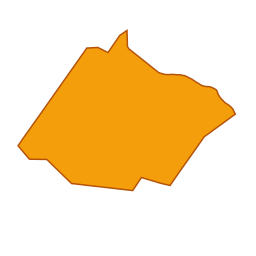 the district of Rosario Vera Peñaloza, La Rioja, Argentina, rotated 304°
{"feature_id": "61730980B25026306557945", "entity_name": "Rosario Vera Peñaloza", "entity_type": "district", "adm_level": 2, "iso_a3": "ARG", "parent_name": "Argentina", "parent_adm1": "La Rioja", "projection": "orthographic", "projection_center": [-66.437, -31.455], "detail": "fine", "context": "isolated", "style": "filled", "palette": "amber", "viewbox_px": 256, "rotation_deg": 304, "n_neighbors": 0, "source": "geoboundaries", "source_scale": "gbopen_adm2", "svg_char_len": 1833}
<svg xmlns="http://www.w3.org/2000/svg" viewBox="0 0 256 256"><g transform="rotate(304 128 128)"><path d="M167.9,49.1L118.4,48.1L108.5,47.9L103.8,47.8L97.8,47.7L89.5,47.5L59.3,46.8L51.8,46.8L47.0,63.7L55.9,77.3L56.5,78.2L56.2,80.3L56.0,81.2L54.5,89.4L50.4,112.3L51.7,114.7L56.1,123.2L56.2,123.5L58.3,127.5L78.8,166.9L94.4,166.8L99.0,181.3L100.0,184.7L101.1,187.8L103.4,193.8L103.5,194.1L103.8,195.0L121.9,195.2L128.7,195.4L138.1,195.6L163.4,196.1L199.5,209.2L200.2,208.1L200.6,207.2L201.1,206.4L201.6,205.6L202.1,204.8L202.4,203.9L202.7,203.0L202.9,202.1L203.1,201.2L203.2,200.3L203.3,199.4L203.3,198.4L203.3,197.5L203.3,196.6L203.2,195.6L203.2,194.7L203.3,193.8L203.5,192.8L203.7,191.9L203.9,191.0L204.1,190.1L204.3,189.2L204.5,188.3L204.8,187.4L205.2,186.5L205.5,185.7L205.9,184.8L206.3,184.0L206.8,183.2L207.4,182.5L207.9,181.7L208.5,181.0L208.9,180.1L209.0,179.2L208.9,178.3L208.9,177.3L208.7,176.4L208.6,175.5L208.4,174.6L208.2,173.6L207.9,172.7L207.5,171.9L207.0,171.2L206.5,170.4L206.1,169.5L205.7,168.7L205.3,167.8L205.0,167.0L204.7,166.1L204.5,165.1L204.4,164.2L204.4,163.3L204.4,162.3L204.4,161.4L204.3,160.5L204.2,159.6L204.1,158.6L204.1,157.7L204.2,156.7L204.2,155.8L204.2,154.9L204.2,153.9L204.1,153.0L204.0,152.1L203.8,151.2L203.7,150.2L203.6,149.3L203.5,148.4L203.4,147.4L203.2,146.5L203.0,145.6L202.6,144.8L202.2,143.9L201.9,143.0L201.6,142.2L201.2,141.3L200.7,140.5L200.2,139.8L199.6,139.0L199.1,138.2L198.7,137.4L198.3,136.5L197.8,135.7L197.3,134.9L196.8,134.2L196.2,133.4L195.7,132.7L195.1,131.9L194.6,131.1L194.0,130.4L193.6,129.6L193.1,128.8L192.8,127.9L192.5,127.0L192.2,126.1L191.9,125.2L191.6,124.3L191.4,123.4L191.1,122.5L191.8,113.6L194.1,84.6L195.1,82.1L208.3,72.6L205.5,71.5L201.4,69.9L200.3,69.4L179.4,69.2L177.9,57.9L171.2,49.1L167.9,49.1Z" fill="#f59e0b" stroke="#b45309" stroke-width="1.5"/></g></svg>